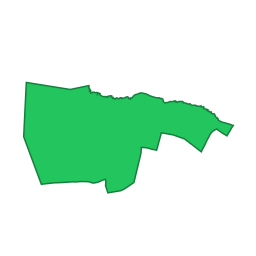 outline of Falelatai & Samatau, Aiga-i-le-Tai, Samoa, rotated 171°
{"feature_id": "51752279B18157705757653", "entity_name": "Falelatai & Samatau", "entity_type": "district", "adm_level": 2, "iso_a3": "WSM", "parent_name": "Samoa", "parent_adm1": "Aiga-i-le-Tai", "projection": "albers", "projection_center": [-172.03, -13.899], "detail": "fine", "context": "isolated", "style": "filled", "palette": "green", "viewbox_px": 256, "rotation_deg": 171, "n_neighbors": 0, "source": "geoboundaries", "source_scale": "gbopen_adm2", "svg_char_len": 2882}
<svg xmlns="http://www.w3.org/2000/svg" viewBox="0 0 256 256"><g transform="rotate(171 128 128)"><path d="M145.1,67.2L141.5,68.2L130.7,73.2L119.2,100.9L117.8,106.8L115.9,106.2L114.9,106.1L113.0,105.6L110.7,104.7L107.6,103.2L104.6,102.2L103.2,101.6L95.8,118.0L91.8,116.7L84.4,114.1L74.7,108.8L74.4,108.7L73.8,108.3L71.2,105.5L69.9,104.3L69.4,103.5L67.6,101.8L59.4,93.0L56.9,96.5L55.5,98.3L54.2,100.1L51.7,103.8L50.2,105.7L47.6,109.2L46.2,110.5L44.4,111.8L40.8,113.1L40.7,113.2L35.7,108.3L31.5,104.8L27.4,109.7L24.8,112.9L23.6,114.1L24.8,114.5L26.1,115.4L28.5,116.6L32.4,118.3L34.7,119.4L36.9,121.0L37.9,122.6L37.7,123.2L38.3,123.5L38.3,124.1L39.4,125.0L40.1,126.0L40.0,126.7L40.4,128.3L41.2,128.7L41.5,128.5L42.4,128.8L43.2,129.4L43.4,130.0L43.1,130.4L43.4,131.0L44.7,131.0L45.1,131.7L45.5,131.5L46.0,132.0L46.2,132.8L47.0,132.9L46.3,133.6L47.3,134.2L47.9,134.3L48.5,134.7L49.1,134.7L50.1,135.2L50.2,135.7L49.7,136.6L49.9,137.1L51.0,137.2L51.7,137.1L52.0,137.5L52.8,137.9L52.6,138.4L53.8,138.2L54.4,138.5L56.5,138.7L56.7,139.2L57.6,139.8L58.6,140.1L60.3,140.2L62.5,141.1L62.7,142.0L63.1,142.2L64.8,142.2L65.5,142.7L67.9,143.9L68.6,143.9L69.5,144.4L69.5,145.2L70.3,145.8L70.9,145.7L72.0,146.1L73.3,146.0L74.2,146.3L75.0,145.7L75.8,146.1L76.4,145.9L76.7,146.2L76.4,146.8L77.2,147.5L78.2,147.4L78.3,146.9L79.1,147.2L80.9,147.1L81.4,147.5L83.2,147.4L84.2,147.0L86.1,147.1L87.5,146.9L88.5,147.8L88.9,148.6L89.0,150.5L89.1,151.0L90.0,151.9L91.2,152.0L92.3,152.9L92.9,153.1L93.8,152.9L95.1,153.4L97.7,154.5L101.6,156.5L103.2,157.8L105.2,159.0L107.1,159.7L107.7,160.0L109.0,160.5L110.4,160.7L113.3,160.0L114.6,159.9L116.7,159.4L117.7,158.6L118.0,158.1L118.4,157.9L119.9,157.1L120.8,156.3L121.2,157.3L121.9,156.7L122.8,157.0L123.1,157.4L122.9,158.0L123.3,158.8L123.7,158.9L125.3,158.8L127.2,158.2L129.0,157.9L129.3,158.8L131.1,159.1L131.5,158.5L132.3,158.4L133.1,158.5L133.4,159.0L134.6,159.5L135.5,158.8L135.6,159.2L137.1,158.9L137.7,159.1L138.2,159.6L137.7,160.1L138.0,160.6L138.5,160.3L139.0,160.6L139.2,161.5L139.0,162.1L139.7,162.5L140.5,162.6L141.0,162.2L141.9,162.6L142.6,162.5L142.9,161.6L143.4,161.5L144.1,161.8L144.2,162.2L145.8,162.7L146.1,162.4L146.9,162.6L148.1,163.2L149.2,163.9L149.9,164.6L150.7,165.3L150.1,166.1L151.4,167.1L152.7,166.3L152.2,167.4L153.2,168.0L154.4,167.8L155.4,168.4L156.0,168.8L157.5,168.7L157.6,168.9L158.5,168.9L159.0,168.1L159.4,168.2L159.5,169.4L160.2,170.3L160.2,170.8L159.2,170.5L159.0,171.0L159.5,171.9L160.0,173.1L160.6,173.4L160.7,173.9L160.0,174.7L160.0,176.0L179.1,175.1L216.1,187.2L221.3,188.9L232.4,135.7L222.4,86.0L209.6,85.4L203.8,84.7L201.1,84.4L191.0,83.5L189.3,83.1L187.5,82.8L186.2,82.8L182.3,82.4L180.8,82.1L177.6,81.6L175.0,81.0L173.7,80.3L171.7,79.3L170.5,79.0L169.2,79.0L167.0,79.1L165.3,79.3L161.1,80.5L158.3,80.8L158.3,78.8L158.5,77.3L159.2,74.5L158.0,67.1L145.1,67.2Z" fill="#22c55e" stroke="#15803d" stroke-width="1.5"/></g></svg>